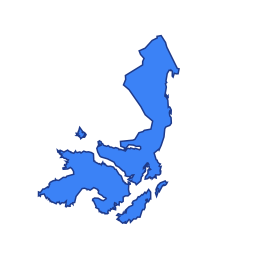 Vågsøy nor, Sogn og Fjordane, Norway (Mercator projection), rotated 293°
{"feature_id": "86288312B93640020116268", "entity_name": "Vågsøy nor", "entity_type": "district", "adm_level": 2, "iso_a3": "NOR", "parent_name": "Norway", "parent_adm1": "Sogn og Fjordane", "projection": "mercator", "projection_center": [5.158, 61.959], "detail": "fine", "context": "isolated", "style": "filled", "palette": "blue", "viewbox_px": 256, "rotation_deg": 293, "n_neighbors": 0, "source": "geoboundaries", "source_scale": "gbopen_adm2", "svg_char_len": 5705}
<svg xmlns="http://www.w3.org/2000/svg" viewBox="0 0 256 256"><g transform="rotate(293 128 128)"><path d="M108.4,128.5L108.5,132.6L107.2,132.8L107.3,133.6L112.9,135.2L114.4,139.8L114.3,142.7L115.8,145.8L115.6,146.9L113.9,147.8L112.5,147.1L112.1,142.5L111.1,142.1L110.7,138.2L109.7,138.0L109.4,136.1L108.3,135.1L105.8,134.6L105.5,130.4L104.9,128.8L105.3,129.0L105.0,127.7L105.4,126.7L105.1,124.1L103.9,123.0L103.9,120.1L103.4,119.0L104.0,116.6L102.8,115.6L102.5,112.2L103.7,110.7L103.6,109.7L104.9,108.5L104.9,107.3L104.0,106.8L104.7,106.6L103.7,105.8L101.4,107.3L101.8,107.8L101.0,107.7L102.2,110.5L99.6,108.1L100.7,107.6L97.1,107.2L94.1,109.5L91.2,113.0L90.8,114.5L91.6,121.2L91.1,128.5L88.7,131.6L88.5,134.8L86.6,140.0L86.7,141.7L84.3,144.0L83.0,144.0L83.2,146.5L84.2,149.2L86.3,150.1L87.1,151.6L83.8,151.3L83.0,149.9L82.7,150.9L82.4,149.3L80.7,148.1L80.0,150.9L80.9,151.8L80.2,151.8L80.3,156.2L79.0,157.8L84.9,160.7L84.4,160.3L88.3,159.5L90.1,160.2L91.3,159.3L94.7,160.9L95.1,160.6L94.1,159.9L95.9,160.7L98.8,159.3L97.5,159.2L97.5,158.2L96.9,158.0L97.7,157.7L103.3,159.3L103.6,160.0L102.8,161.1L102.0,159.5L99.8,159.8L99.8,161.0L100.7,161.1L101.1,162.4L99.2,163.3L98.8,165.0L97.9,164.4L98.4,163.5L97.1,162.8L93.8,164.2L90.0,163.1L87.6,163.7L89.1,166.0L91.2,166.7L90.5,168.1L91.4,168.1L91.0,168.8L91.4,169.5L90.5,170.1L94.2,171.6L92.9,172.1L93.0,173.5L95.7,171.8L97.0,175.0L98.6,175.8L101.3,175.0L101.6,174.4L101.2,174.3L101.8,174.0L105.4,173.5L104.8,172.9L105.0,171.6L107.5,171.8L107.4,170.6L108.3,168.6L109.7,167.5L109.9,166.2L115.2,161.8L120.4,164.5L119.8,165.2L125.1,165.3L133.8,164.6L141.8,162.1L143.9,162.5L146.8,165.5L149.4,166.0L154.5,163.5L155.5,161.7L158.2,160.1L160.7,159.6L158.6,160.7L158.1,162.0L161.4,160.8L163.5,158.5L163.6,157.1L163.0,156.9L169.3,153.7L171.0,151.6L171.8,152.4L171.0,153.4L173.2,152.3L172.2,152.1L173.5,150.1L171.3,151.1L171.8,149.4L180.7,147.3L183.5,145.1L185.0,145.9L186.0,144.6L193.5,142.8L197.3,143.3L197.5,144.8L198.2,144.8L197.5,146.7L193.1,148.4L192.5,149.6L196.5,149.2L196.7,151.2L197.5,152.9L202.4,151.9L202.1,150.1L217.6,132.1L221.4,129.1L226.0,122.4L223.7,118.9L222.3,119.7L218.0,116.0L208.2,112.6L203.4,108.1L200.6,110.8L198.3,115.6L195.0,115.5L191.8,116.8L175.3,105.1L171.8,106.9L165.9,107.0L163.7,114.0L152.7,131.5L146.9,138.7L144.0,148.0L135.9,149.5L132.2,143.9L130.6,143.2L127.9,139.9L120.3,138.8L118.8,137.4L112.7,126.3L108.4,128.5ZM34.2,70.6L30.6,72.1L31.2,72.5L30.9,74.0L32.5,73.6L34.5,76.6L31.3,80.3L32.5,80.7L31.8,82.5L31.1,82.7L31.8,83.3L30.2,84.9L30.8,85.0L30.0,87.0L30.4,87.3L30.2,91.5L32.0,91.7L32.3,93.4L33.0,93.5L31.4,95.3L33.5,96.4L34.1,98.5L36.7,99.7L31.3,101.2L31.3,102.0L33.1,103.0L32.8,104.3L33.4,105.3L34.4,104.6L36.1,105.2L36.7,106.0L36.2,107.2L37.7,106.4L38.6,108.0L44.7,106.9L54.4,109.5L55.6,111.6L55.7,114.3L55.2,114.5L56.2,115.9L55.9,117.4L59.8,119.8L59.6,124.2L59.0,124.4L58.9,125.4L56.6,126.0L56.0,127.5L55.8,130.4L54.8,132.6L55.1,134.7L54.4,135.6L51.6,133.9L51.2,132.0L51.7,128.1L50.5,124.6L48.7,123.3L47.3,123.8L47.5,124.7L43.3,129.3L42.2,129.4L42.0,132.7L39.9,134.2L40.3,134.5L39.9,135.9L40.3,135.9L39.9,136.6L40.2,137.6L39.8,137.6L40.7,139.7L40.0,140.3L41.1,142.6L42.0,143.1L42.6,142.2L44.5,142.1L44.8,144.0L46.7,143.6L46.7,144.6L49.0,145.4L48.5,146.6L47.6,146.2L47.9,148.5L49.6,147.9L50.9,146.0L51.7,146.5L52.1,145.3L54.0,144.9L54.0,146.6L52.1,147.3L53.7,148.7L53.5,149.9L56.7,148.9L57.1,149.5L57.0,151.2L58.6,152.2L62.5,150.6L64.5,152.1L65.5,154.5L68.3,155.7L68.5,154.6L71.5,152.5L76.2,150.8L77.2,152.0L78.1,151.5L78.4,149.4L76.1,150.5L75.8,147.1L76.5,147.0L76.8,145.1L77.3,144.8L77.0,144.4L81.1,140.6L81.9,137.7L85.2,133.2L84.9,132.0L86.3,130.0L86.0,126.8L84.9,124.7L84.8,123.1L86.0,120.6L85.3,120.4L86.0,119.5L85.5,119.0L86.7,118.1L84.0,117.8L84.4,117.5L83.8,117.3L84.0,115.7L83.5,115.5L83.9,110.9L84.6,110.2L84.3,109.4L90.7,106.3L91.1,104.0L90.7,101.1L89.6,99.0L89.4,96.3L86.6,94.5L87.2,93.1L85.5,90.8L85.6,89.1L86.2,88.7L83.6,88.0L83.2,85.0L83.6,85.0L83.6,82.3L84.1,81.1L80.8,78.4L81.0,74.4L79.8,74.7L80.0,73.8L79.5,73.7L80.1,71.7L78.4,72.9L78.3,74.9L77.7,75.0L78.0,76.8L77.3,76.0L76.7,78.1L74.7,77.6L75.8,79.8L75.2,80.9L75.7,82.7L75.2,83.8L75.4,85.6L73.6,85.5L73.1,84.0L72.7,85.9L71.6,84.9L70.6,85.7L69.6,85.2L69.5,84.0L68.7,84.2L69.1,84.8L67.7,86.3L65.7,83.7L64.7,84.5L66.8,88.6L69.2,90.4L68.4,92.7L66.7,94.9L64.2,96.1L59.7,90.5L58.2,90.1L57.3,87.7L52.8,84.9L52.0,82.4L52.6,81.2L51.3,81.5L50.3,79.8L47.6,77.6L45.5,77.3L45.6,76.5L45.5,77.9L42.1,78.0L41.7,77.0L42.1,76.8L39.1,74.8L38.6,73.5L34.3,72.5L34.2,70.6ZM45.3,152.5L43.2,151.8L43.5,154.9L39.7,153.5L39.5,154.8L40.3,154.4L40.4,155.6L39.7,155.6L38.3,160.3L40.4,162.1L39.3,162.2L39.6,163.5L44.2,164.7L43.9,166.0L42.2,167.1L46.5,168.7L47.4,170.9L49.7,171.5L50.6,173.9L57.3,173.2L58.8,173.5L59.1,174.7L61.4,174.8L64.7,173.5L67.7,174.3L68.2,172.7L69.3,172.6L70.0,173.7L68.3,174.4L68.8,175.2L67.7,174.8L68.1,175.6L71.5,175.9L71.6,176.6L77.8,173.9L79.5,171.0L74.9,170.2L75.6,168.7L72.1,167.7L72.2,166.9L69.0,165.4L68.8,164.3L65.4,163.9L62.8,161.4L60.5,161.1L60.3,162.1L58.7,162.4L55.8,159.7L51.3,157.8L50.5,157.8L51.4,158.8L49.1,159.3L49.1,158.5L47.5,157.1L47.9,156.8L46.5,156.9L45.4,155.4L45.3,152.5ZM81.9,177.9L81.1,178.9L79.0,178.6L76.3,181.0L82.8,180.6L81.8,181.7L88.4,182.3L89.6,183.1L89.0,183.5L90.1,184.8L91.6,185.3L93.3,185.4L92.8,184.6L93.8,182.9L90.1,179.2L87.1,177.9L84.0,177.8L84.0,178.6L83.4,177.8L82.6,178.6L81.9,177.9ZM103.6,84.0L102.9,82.4L102.1,83.3L102.5,84.3L101.0,83.4L101.8,86.2L101.1,86.1L100.6,88.0L99.7,88.6L102.8,90.4L102.2,90.8L102.6,91.6L105.5,92.0L106.0,91.3L104.7,90.5L106.5,90.3L106.9,88.8L106.0,88.3L106.2,87.5L107.1,87.5L109.7,83.3L105.9,83.8L106.1,84.4L105.5,83.6L103.6,84.0Z" fill="#3b82f6" stroke="#1e3a8a" stroke-width="1.5"/></g></svg>